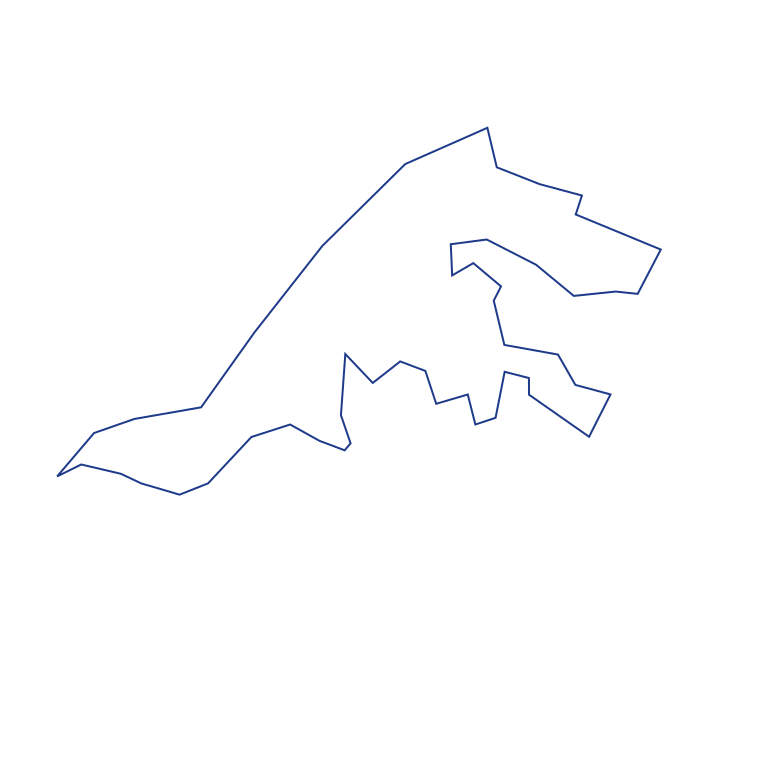 map outline of Southern (Natural Earth projection), rotated 310°
{"feature_id": "HKG-5156", "entity_name": "Southern", "entity_type": "state/province", "adm_level": 1, "iso_a3": "HKG", "parent_name": "Hong Kong S.A.R.", "parent_adm1": "", "projection": "natural_earth1", "projection_center": [114.195, 22.231], "detail": "fine", "context": "isolated", "style": "outline", "palette": "blue", "viewbox_px": 768, "rotation_deg": 310, "n_neighbors": 0, "source": "natural_earth", "source_scale": "10m", "svg_char_len": 802}
<svg xmlns="http://www.w3.org/2000/svg" viewBox="0 0 768 768"><g transform="rotate(310 384 384)"><path d="M646.7,298.5L622.5,331.1L637.1,374.7L655.6,414.5L637.1,421.9L664.9,509.6L616.1,520.4L603.7,502.0L573.5,472.8L573.1,423.8L560.7,369.8L534.0,345.3L511.0,366.4L534.0,374.7L534.0,410.9L518.4,414.5L491.3,451.1L518.4,498.4L506.3,531.2L521.6,564.2L475.4,575.0L469.0,502.0L481.7,491.2L470.9,468.6L429.8,491.2L411.7,480.0L429.8,454.9L402.4,436.7L420.6,407.3L411.7,381.9L377.6,374.7L382.1,335.1L332.4,371.1L317.1,396.5L307.9,396.5L299.0,371.1L292.6,338.1L258.2,316.5L194.8,313.1L167.8,298.5L151.8,261.9L146.1,240.2L127.7,203.8L103.1,193.0L160.1,193.4L196.7,215.2L248.6,258.9L298.5,254.9L340.2,251.6L401.4,249.6L450.1,248.0L566.2,258.9L646.7,298.5Z" fill="none" stroke="#1e3a8a" stroke-width="2"/></g></svg>